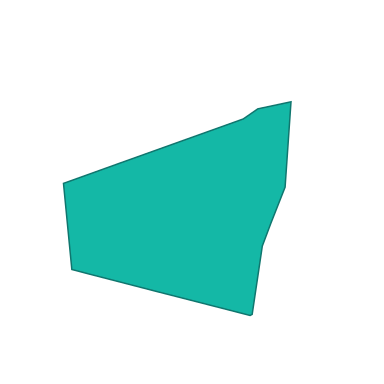 Lebanon, Pennsylvania, United States of America (Mercator projection), rotated 301°
{"feature_id": "52423323B26378856844505", "entity_name": "Lebanon", "entity_type": "district", "adm_level": 2, "iso_a3": "USA", "parent_name": "United States of America", "parent_adm1": "Pennsylvania", "projection": "mercator", "projection_center": [-76.461, 40.376], "detail": "fine", "context": "isolated", "style": "filled", "palette": "teal", "viewbox_px": 384, "rotation_deg": 301, "n_neighbors": 0, "source": "geoboundaries", "source_scale": "gbopen_adm2", "svg_char_len": 346}
<svg xmlns="http://www.w3.org/2000/svg" viewBox="0 0 384 384"><g transform="rotate(301 192 192)"><path d="M133.2,77.4L63.7,128.9L68.7,146.1L89.3,215.6L105.5,269.8L116.1,305.4L118.1,306.6L181.9,280.1L205.8,275.7L244.1,269.3L320.3,230.4L297.2,205.6L281.0,198.3L179.6,115.3L133.2,77.4Z" fill="#14b8a6" stroke="#0f766e" stroke-width="1.5"/></g></svg>